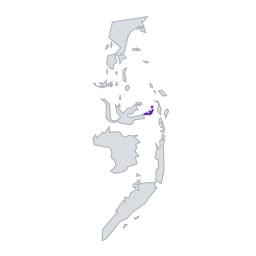 Kepulauan Selayar, Sulawesi Selatan, Indonesia (highlighted), rotated 261°
{"feature_id": "22746128B1615833901652", "entity_name": "Kepulauan Selayar", "entity_type": "district", "adm_level": 2, "iso_a3": "IDN", "parent_name": "Indonesia", "parent_adm1": "Sulawesi Selatan", "projection": "natural_earth1", "projection_center": [120.768, -6.627], "detail": "fine", "context": "in_parent", "style": "filled", "palette": "violet", "viewbox_px": 256, "rotation_deg": 261, "n_neighbors": 0, "source": "geoboundaries", "source_scale": "gbopen_adm2", "svg_char_len": 5995}
<svg xmlns="http://www.w3.org/2000/svg" viewBox="0 0 256 256"><g transform="rotate(261 128 128)"><path d="M88.2,104.1L92.3,110.4L98.4,109.6L101.5,106.6L106.9,108.4L111.1,107.2L116.6,92.3L123.3,91.6L126.4,95.1L123.0,95.4L127.8,102.5L126.5,104.1L132.1,109.8L127.0,109.1L125.4,119.3L121.5,120.8L119.4,124.8L120.7,127.6L119.3,132.1L112.0,137.7L110.3,132.7L107.3,133.9L104.2,131.0L98.7,134.4L97.9,130.8L91.1,131.2L89.8,122.0L86.4,119.5L85.0,113.2L85.6,107.0L88.2,104.1ZM20.8,84.9L31.6,86.8L45.5,103.2L47.2,104.5L47.9,102.9L57.2,112.0L55.0,113.9L60.2,113.5L59.1,118.2L63.5,120.7L65.8,126.5L64.8,129.2L68.3,128.0L71.4,132.0L70.1,146.7L64.9,145.1L64.7,147.2L50.5,132.3L44.5,119.6L39.1,113.2L36.4,105.0L22.4,89.8L20.8,84.9ZM235.2,129.3L234.9,164.6L230.4,159.6L231.0,158.1L225.2,159.8L226.2,156.3L224.6,154.5L225.2,154.2L226.1,154.3L226.6,154.1L223.9,152.8L225.2,152.3L222.8,145.9L217.8,142.0L202.4,135.8L201.8,131.7L199.7,136.3L197.4,137.1L196.6,133.0L193.0,130.2L201.1,129.4L202.1,126.5L194.6,127.3L192.8,123.6L188.4,122.8L189.7,119.8L195.0,117.0L202.4,119.1L203.4,127.6L208.4,133.4L220.4,123.2L235.2,129.3ZM159.8,109.7L154.5,113.5L139.6,112.2L137.7,113.7L137.1,118.1L140.0,122.5L144.2,119.6L153.0,119.3L143.2,125.3L147.6,130.9L147.4,134.8L150.3,138.9L144.3,140.9L144.4,137.3L141.0,134.2L141.8,130.0L139.9,129.6L138.1,131.1L138.9,145.5L134.8,145.6L135.1,137.0L134.3,134.2L131.5,133.6L131.1,129.9L134.5,120.0L136.1,119.8L135.5,115.6L138.1,109.8L141.9,107.9L155.3,110.5L160.8,106.0L159.8,109.7ZM71.6,147.2L82.2,149.2L83.8,152.0L92.0,152.8L93.9,150.0L101.9,152.7L104.2,156.7L110.7,157.4L110.6,160.7L111.5,162.7L105.3,160.1L80.3,157.0L67.8,152.2L71.6,147.2ZM173.1,110.5L177.6,106.6L175.6,111.1L178.6,113.9L173.8,113.5L176.4,120.0L172.9,116.4L171.7,108.9L174.5,103.2L173.1,110.5ZM175.3,130.7L186.4,132.1L187.5,136.0L183.0,133.2L176.8,133.8L175.0,132.2L173.9,134.1L175.3,130.7ZM149.9,161.9L141.7,163.6L136.0,162.3L139.7,159.8L147.7,162.0L150.5,159.1L149.9,161.9ZM126.4,159.4L131.8,160.2L132.8,162.2L121.8,164.0L123.6,160.5L127.4,162.5L128.6,161.8L126.4,159.4ZM159.9,163.7L160.0,167.6L153.9,171.1L154.2,167.3L159.9,163.7ZM71.4,124.2L72.9,128.5L75.0,129.1L74.3,131.8L71.2,130.4L70.2,126.9L67.1,126.2L68.6,123.7L71.4,124.2ZM223.5,160.0L219.4,160.6L221.5,156.2L224.7,155.2L225.7,156.9L223.5,160.0ZM136.9,166.0L139.5,167.9L140.6,170.0L138.1,170.7L132.0,166.8L136.9,166.0ZM169.0,131.9L170.7,134.8L168.2,135.9L165.2,133.7L165.4,132.0L169.0,131.9ZM111.0,159.4L116.8,160.8L114.2,163.2L111.0,159.4ZM120.0,159.7L120.9,163.4L117.5,162.8L120.0,159.7ZM81.6,129.7L78.8,132.5L79.0,129.0L81.6,129.7ZM205.1,144.6L205.8,149.3L204.5,149.5L203.4,146.1L205.1,144.6ZM109.1,152.9L104.7,154.3L102.8,153.5L109.1,152.9ZM151.7,139.8L151.8,144.1L149.2,145.9L150.2,140.2L151.7,139.8ZM29.3,107.4L33.3,109.8L32.8,112.0L29.3,107.4ZM39.1,124.8L37.5,123.8L36.8,120.4L38.0,120.3L39.1,124.8ZM189.8,158.5L189.0,156.8L191.4,153.7L191.2,156.5L189.8,158.5ZM185.5,115.5L190.0,116.7L184.9,116.2L185.5,115.5ZM157.6,124.1L161.8,125.3L157.2,125.2L157.6,124.1ZM149.8,141.9L147.5,144.0L149.5,140.2L149.8,141.9ZM209.0,118.6L211.4,119.0L213.7,121.0L211.5,121.5L209.0,118.6ZM168.7,156.7L167.1,158.3L164.0,158.5L164.8,156.7L168.7,156.7ZM204.9,150.1L203.9,152.3L202.8,152.2L203.0,148.7L204.9,150.1ZM175.1,124.1L172.3,124.5L171.5,123.7L172.7,122.3L175.1,124.1ZM209.4,123.7L212.8,124.1L216.1,124.9L213.0,125.4L209.4,123.7ZM150.5,121.5L153.3,123.0L150.4,123.7L150.5,121.5ZM177.3,103.0L175.4,102.6L177.2,101.0L177.3,103.0ZM157.3,160.8L160.5,159.5L160.9,160.3L157.3,160.8ZM185.4,124.3L184.9,126.2L182.5,125.2L183.7,124.7L185.4,124.3ZM119.6,135.5L118.4,136.9L119.3,132.8L119.6,135.5ZM172.3,116.8L173.8,119.5L173.3,119.9L171.1,117.8L172.3,116.8Z" fill="#d9dde1" stroke="#a8b0b8" stroke-width="1"/><path d="M138.9,148.8L138.9,149.0L139.1,149.1L139.1,149.3L139.1,149.5L139.1,149.8L139.1,150.1L139.1,150.4L139.2,150.2L139.2,149.9L139.2,149.7L139.3,149.7L139.2,149.7L139.3,149.7L139.4,149.3L139.4,149.2L139.3,148.9L139.3,148.7L139.4,148.4L139.4,148.2L139.5,148.2L139.4,148.1L139.5,148.1L139.4,148.0L139.5,148.0L139.5,147.6L139.4,147.6L139.4,147.4L139.3,147.2L139.3,146.9L139.2,146.7L139.2,146.4L139.0,146.5L139.0,146.8L139.0,147.1L138.9,147.5L139.0,147.7L138.9,147.9L139.0,147.9L139.0,148.0L139.0,148.3L138.9,148.4L139.0,148.5L138.9,148.6L138.9,148.8ZM139.8,153.1L139.8,153.4L139.7,153.5L139.8,153.6L139.8,153.8L140.0,153.9L139.9,153.8L140.0,153.8L140.3,153.8L140.5,153.7L140.5,153.4L140.4,153.5L140.2,153.4L139.9,153.2L139.8,153.1ZM140.7,154.5L140.8,154.7L140.9,154.8L141.0,154.8L141.3,154.9L141.5,154.9L141.8,154.9L141.8,154.7L141.6,154.6L141.4,154.6L141.2,154.7L140.9,154.6L140.7,154.5ZM145.4,154.9L145.2,154.9L145.2,155.0L145.0,155.3L145.3,155.3L145.5,155.1L145.4,154.9L145.4,154.9ZM142.0,154.8L141.9,154.8L141.9,155.0L142.0,155.3L142.1,155.2L142.3,155.1L142.2,154.9L142.0,154.8ZM138.9,148.3L138.7,148.5L138.7,148.8L138.8,148.8L138.8,148.7L138.8,148.4L138.9,148.3ZM140.6,151.9L140.5,152.0L140.6,152.4L140.7,152.2L140.6,151.9ZM145.1,154.5L144.9,154.6L145.1,154.7L145.1,154.5ZM138.9,150.8L138.9,151.0L138.9,150.9L138.9,150.8ZM145.3,155.7L145.1,155.7L145.0,155.8L144.9,155.8L145.1,155.8L145.3,155.8L145.3,155.7L145.3,155.7ZM139.5,153.5L139.4,153.5L139.5,153.6L139.5,153.5ZM138.9,151.2L138.9,151.3L138.9,151.6L138.9,151.3L138.9,151.2ZM139.0,152.8L138.9,152.8L138.9,153.0L139.0,152.9L139.0,152.8ZM138.1,151.4L138.1,151.5L138.2,151.4L138.1,151.4ZM138.9,150.2L138.8,150.3L138.9,150.2L138.9,150.2ZM139.4,153.4L139.4,153.5L139.4,153.4ZM141.5,150.4L141.4,150.4L141.5,150.4L141.5,150.4ZM142.3,151.6L142.2,151.7L142.3,151.6ZM139.0,149.5L139.0,149.4L139.0,149.5L139.0,149.5ZM143.8,153.9L143.7,153.9L143.8,153.9ZM139.0,149.5L138.9,149.6L139.0,149.6L139.0,149.5ZM142.2,151.9L142.2,151.7L142.2,151.9ZM142.2,152.0L142.2,151.9L142.2,152.0L142.2,152.0ZM142.0,153.5L142.0,153.4L142.0,153.5L142.0,153.5ZM139.7,153.5L139.7,153.4L139.7,153.5ZM142.0,150.8L142.0,150.7L142.0,150.8L142.0,150.8ZM141.3,150.5L141.3,150.4L141.3,150.5Z" fill="#8b5cf6" stroke="#5b21b6" stroke-width="1.5"/></g></svg>